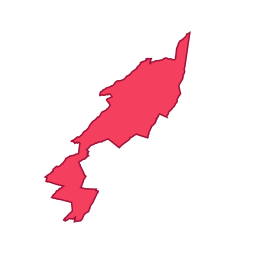 Tepatlaxco de Hidalgo, Puebla, Mexico (Robinson projection), rotated 53°
{"feature_id": "50627088B11175343650658", "entity_name": "Tepatlaxco de Hidalgo", "entity_type": "district", "adm_level": 2, "iso_a3": "MEX", "parent_name": "Mexico", "parent_adm1": "Puebla", "projection": "robinson", "projection_center": [-98.003, 19.146], "detail": "fine", "context": "isolated", "style": "filled", "palette": "rose", "viewbox_px": 256, "rotation_deg": 53, "n_neighbors": 0, "source": "geoboundaries", "source_scale": "gbopen_adm2", "svg_char_len": 5894}
<svg xmlns="http://www.w3.org/2000/svg" viewBox="0 0 256 256"><g transform="rotate(53 128 128)"><path d="M132.1,65.2L130.0,64.5L125.0,62.1L124.0,60.6L123.3,58.7L122.8,57.8L122.0,55.4L120.3,53.2L118.7,52.1L118.5,50.8L117.7,49.7L117.2,48.9L114.8,47.7L113.2,45.7L89.0,21.2L88.7,24.0L88.4,24.7L89.2,25.6L89.7,27.0L90.1,31.3L90.1,32.3L89.7,33.8L90.5,36.0L90.9,36.9L92.2,38.4L92.6,39.4L93.9,41.4L99.5,46.7L99.7,47.2L100.3,47.3L100.5,47.7L101.1,48.1L101.5,49.4L101.1,50.6L99.8,51.5L99.3,51.6L98.7,52.1L97.7,53.4L97.3,54.2L95.6,54.9L95.1,55.3L94.5,56.3L94.2,57.2L94.2,59.0L94.3,59.5L94.0,60.1L93.1,61.5L93.1,62.2L92.6,63.1L91.1,65.4L90.7,66.8L90.7,67.5L90.3,68.6L89.6,69.2L89.5,70.2L90.0,71.3L90.0,71.7L89.7,71.8L89.3,71.6L88.1,70.1L86.8,67.8L86.6,67.6L86.4,68.0L86.6,68.6L85.7,68.8L85.0,70.2L84.3,70.5L84.1,71.3L83.8,71.5L83.7,71.9L83.7,72.1L84.1,72.4L84.9,72.4L84.7,73.8L84.4,75.1L84.0,75.8L84.1,76.3L83.7,76.6L83.8,76.8L83.6,77.4L83.6,77.7L83.5,77.8L83.4,78.5L83.5,79.1L84.1,79.5L84.6,80.3L84.5,80.5L84.6,80.9L84.6,81.2L84.8,82.1L84.8,83.0L84.9,83.9L85.3,84.7L85.7,84.7L85.6,90.9L86.5,94.4L86.1,94.8L86.6,95.4L86.2,96.5L86.0,97.5L85.7,98.1L86.5,99.8L86.6,101.0L86.5,103.1L85.6,105.6L85.4,106.4L85.0,106.9L84.4,107.3L84.1,107.9L83.9,109.1L83.8,109.9L84.0,110.5L84.1,111.7L84.4,112.0L84.7,112.7L85.0,114.7L84.9,115.1L84.5,115.5L84.2,117.4L84.2,118.1L84.1,118.8L83.4,119.9L83.2,120.5L83.0,121.8L83.1,123.6L82.6,124.6L82.5,125.0L82.9,125.9L82.9,126.5L82.6,128.1L83.0,128.5L83.1,128.8L83.4,129.2L84.4,130.3L84.6,130.7L85.2,130.9L85.5,130.2L85.9,128.7L86.8,128.3L87.4,127.5L87.9,126.5L88.2,125.0L88.4,124.5L88.7,124.2L89.1,124.4L89.2,124.2L89.8,122.1L93.1,121.7L93.3,121.8L93.3,122.5L92.4,126.7L92.3,127.9L93.8,128.4L95.2,128.3L99.1,128.4L99.4,129.6L99.8,130.3L100.2,132.4L100.3,134.2L100.6,135.1L100.5,135.7L100.2,136.4L100.0,137.7L99.6,138.6L100.0,140.5L101.0,142.4L101.5,144.1L101.6,144.7L101.0,145.6L101.1,146.3L101.6,147.8L101.5,148.5L101.7,149.3L101.7,150.6L101.5,152.0L102.4,155.9L104.3,160.1L104.4,161.4L104.8,163.6L104.6,163.8L104.4,165.1L104.7,166.8L105.1,167.5L105.4,167.8L105.4,168.4L105.7,169.2L105.6,169.6L105.6,170.4L105.9,171.9L105.6,172.9L105.0,173.3L104.8,173.7L104.6,175.0L104.9,175.9L104.8,176.8L104.9,178.2L104.7,178.7L104.5,179.9L104.5,180.5L104.3,180.9L104.6,181.2L104.7,180.9L105.5,180.2L106.2,180.0L106.4,179.5L108.3,179.7L108.5,177.8L109.1,177.7L109.1,177.4L109.6,177.5L109.9,175.7L111.3,175.7L118.8,183.1L118.4,183.7L118.3,184.2L118.1,184.5L117.8,184.8L117.8,185.0L117.6,185.2L117.1,187.9L116.7,188.4L116.7,188.9L116.2,189.5L115.7,190.9L115.4,191.2L115.5,192.5L115.5,192.8L115.3,193.0L115.2,193.4L115.3,194.4L114.9,195.8L115.0,196.2L115.4,197.0L115.7,197.1L115.8,197.3L116.3,199.0L116.5,200.5L117.1,201.3L117.1,201.8L116.8,202.3L117.0,202.8L116.9,203.4L117.3,204.9L117.3,205.2L116.8,207.1L115.9,207.8L115.9,208.0L115.7,208.2L115.9,208.4L115.6,209.4L115.6,209.9L115.7,210.2L116.0,211.8L115.9,212.5L116.4,213.4L117.1,213.4L117.6,214.5L117.5,215.0L117.1,215.5L117.4,216.6L117.7,217.1L117.8,217.7L117.4,218.6L117.3,219.7L117.4,221.6L117.2,222.8L117.3,223.7L119.0,222.6L121.2,225.6L122.5,224.7L122.3,224.4L130.5,218.6L135.6,214.3L135.6,215.7L135.4,216.1L135.7,217.0L136.0,217.6L136.0,218.1L135.8,218.4L135.6,218.3L135.3,218.5L135.2,218.7L135.3,220.3L135.7,220.7L135.7,221.1L135.8,221.7L135.7,222.1L135.4,222.4L135.3,223.0L136.3,225.3L136.5,227.0L136.3,227.6L136.9,228.3L136.8,228.7L137.1,229.5L137.3,229.7L137.5,230.8L139.2,229.7L140.8,228.1L142.3,227.2L143.2,226.0L153.4,217.8L159.3,221.4L160.8,222.5L161.5,228.5L161.9,230.2L162.1,232.8L162.4,234.1L162.6,234.6L162.8,234.8L163.3,234.3L163.4,233.6L163.7,233.7L164.1,234.1L164.5,234.1L164.6,233.9L164.7,232.3L165.0,231.3L164.8,229.9L164.8,229.6L165.7,228.6L165.9,228.6L166.1,228.5L166.8,227.3L167.6,226.9L167.7,226.6L167.9,226.2L167.9,225.5L167.2,223.0L170.6,227.3L170.8,226.9L171.0,226.2L171.8,224.8L173.2,222.3L173.4,222.1L173.5,221.8L173.4,220.6L172.9,218.8L171.5,216.7L171.0,215.5L170.7,214.5L170.6,212.1L170.9,210.9L171.0,209.8L169.9,208.4L169.6,207.5L169.0,206.6L167.6,204.8L167.1,203.7L166.4,201.1L161.3,191.4L161.5,191.1L160.5,189.8L158.5,191.3L157.8,190.1L154.7,194.0L151.1,198.3L149.6,199.7L147.1,201.5L147.1,201.2L146.8,200.6L143.9,196.2L142.7,194.7L141.2,190.6L139.0,191.2L138.9,190.9L138.4,190.7L133.9,189.7L133.3,189.8L133.0,189.5L131.9,189.3L130.8,189.1L129.7,189.2L129.6,188.9L128.8,188.4L127.8,188.5L125.6,187.9L125.6,187.4L125.9,185.3L126.0,183.0L126.7,181.3L126.7,180.3L126.4,179.9L126.4,179.6L126.3,179.3L126.5,178.4L126.1,177.6L126.3,177.3L125.9,177.1L126.0,176.5L126.2,176.2L124.6,176.4L124.6,176.2L124.4,175.3L123.4,175.4L123.4,174.3L123.3,173.6L120.4,174.2L120.5,172.3L120.2,171.8L120.2,170.9L119.8,170.4L119.6,169.9L119.6,169.6L119.7,169.0L119.5,168.1L120.4,165.3L120.5,164.6L120.3,163.8L121.0,162.8L121.3,161.6L121.3,161.1L121.7,160.4L121.7,159.9L121.9,159.4L123.4,156.9L123.0,156.4L123.2,155.8L123.8,154.9L124.0,152.7L124.4,151.8L124.5,151.8L124.6,151.2L124.8,150.8L124.8,150.4L127.3,149.7L138.4,146.9L138.5,146.5L138.2,145.8L138.3,145.6L137.9,143.3L138.0,133.7L136.9,132.1L137.6,131.1L137.6,127.3L138.0,124.8L139.5,124.1L147.7,118.2L147.2,117.3L147.0,117.2L145.6,115.9L145.3,114.8L144.3,114.2L144.1,114.0L143.4,112.7L143.0,111.6L142.2,110.5L141.6,109.1L141.4,108.8L140.9,108.5L140.8,108.3L140.9,107.0L140.7,106.9L140.8,106.2L140.6,105.8L140.6,105.0L140.4,104.7L140.4,103.5L140.0,103.0L139.8,102.4L139.3,102.0L139.3,101.5L138.7,101.3L138.5,100.9L138.5,100.1L138.2,99.7L137.6,99.8L137.6,98.7L137.3,98.4L137.3,97.5L136.9,97.2L136.7,96.9L136.8,96.5L136.4,96.1L136.0,95.4L135.7,94.4L142.9,90.4L142.0,90.1L141.7,89.8L141.5,88.5L140.2,86.3L139.9,86.2L139.7,85.7L139.5,85.4L139.6,84.4L139.5,83.6L139.4,82.4L138.6,79.6L138.5,78.1L137.9,76.6L137.1,75.3L137.0,74.1L136.6,73.0L135.8,72.3L134.6,71.5L134.3,71.0L133.6,69.0L133.1,68.7L133.0,67.3L132.1,65.2Z" fill="#f43f5e" stroke="#9f1239" stroke-width="1.5"/></g></svg>